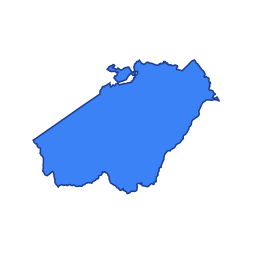 Gualaca, Chiriquí, Panama (Albers equal-area conic projection), rotated 235°
{"feature_id": "35544464B22441081783437", "entity_name": "Gualaca", "entity_type": "district", "adm_level": 2, "iso_a3": "PAN", "parent_name": "Panama", "parent_adm1": "Chiriquí", "projection": "albers", "projection_center": [-82.239, 8.607], "detail": "fine", "context": "isolated", "style": "filled", "palette": "blue", "viewbox_px": 256, "rotation_deg": 235, "n_neighbors": 0, "source": "geoboundaries", "source_scale": "gbopen_adm2", "svg_char_len": 5887}
<svg xmlns="http://www.w3.org/2000/svg" viewBox="0 0 256 256"><g transform="rotate(235 128 128)"><path d="M69.0,121.2L70.0,121.7L70.5,122.1L71.6,123.4L72.2,125.7L72.7,125.9L73.3,125.9L73.6,126.1L75.1,128.8L77.4,130.7L77.3,131.0L77.3,131.5L76.9,132.2L76.9,132.9L78.2,133.6L80.2,136.7L81.2,138.6L81.9,139.5L83.7,140.9L85.3,142.9L85.9,144.5L85.9,145.5L86.4,146.5L86.5,147.1L86.4,147.8L85.1,149.4L85.6,150.8L85.3,153.8L85.3,154.8L85.5,155.6L86.6,157.7L86.6,159.3L86.2,162.0L86.5,163.3L87.1,164.7L87.3,166.5L87.8,167.3L89.4,168.4L89.8,168.9L90.0,169.5L89.8,171.2L90.1,172.5L90.5,173.5L92.2,177.1L94.0,178.9L93.8,180.2L94.3,181.4L95.2,182.5L97.0,184.2L97.3,184.8L97.4,185.5L97.5,188.9L97.4,191.0L97.5,192.4L97.9,193.4L98.3,194.1L98.8,194.5L100.7,195.3L101.2,195.7L105.8,203.2L105.9,204.6L105.8,205.9L106.0,207.0L105.9,208.4L105.6,209.2L102.8,212.3L101.7,215.1L100.0,216.8L98.1,218.1L98.7,218.4L100.5,218.4L101.6,218.8L102.1,218.8L102.4,218.6L102.3,217.3L102.6,216.3L103.8,215.0L104.5,214.7L105.5,216.9L105.7,217.8L105.7,218.7L105.2,219.3L106.5,218.7L108.2,218.4L109.1,218.8L109.5,218.8L111.5,217.7L112.0,216.9L112.6,216.4L113.6,216.8L114.0,217.2L114.5,218.0L115.1,218.2L115.3,219.1L115.9,219.4L116.2,219.2L116.5,219.4L117.1,220.1L117.1,221.0L117.5,221.4L117.9,221.5L118.4,221.5L118.8,220.8L119.2,220.6L121.7,222.4L122.4,222.8L122.8,222.7L124.1,221.7L125.2,221.7L125.4,221.3L125.8,221.1L125.5,220.8L125.8,220.4L125.8,219.8L126.0,219.7L126.6,220.0L126.7,220.6L127.3,221.0L127.6,221.6L128.0,222.1L130.4,222.5L132.0,222.4L133.3,221.9L134.4,222.0L135.7,221.8L137.6,222.0L138.9,221.9L139.6,221.7L140.8,221.9L142.0,221.1L143.6,221.5L145.7,221.4L145.9,220.8L146.2,218.2L145.0,212.4L143.9,205.1L144.7,204.6L146.8,202.7L147.4,202.4L148.1,201.5L148.8,201.9L149.3,202.4L149.7,203.1L149.8,203.9L150.9,204.1L151.7,203.3L152.4,203.0L152.7,202.1L153.9,199.7L155.4,199.3L155.9,197.8L156.8,197.8L157.3,197.0L157.7,196.8L158.0,196.9L158.4,197.5L158.6,197.5L159.4,196.8L160.1,195.8L160.4,195.8L161.0,196.6L161.3,196.3L160.9,195.9L161.8,195.5L162.0,195.3L161.0,194.2L161.2,193.5L161.0,192.8L161.8,192.4L161.9,191.9L162.2,191.8L162.2,191.5L161.9,191.1L161.9,190.9L162.4,190.8L162.5,190.5L162.3,190.3L161.9,190.3L161.9,190.1L162.4,188.9L162.5,188.0L163.3,187.4L163.8,186.7L164.4,186.6L164.6,186.3L165.1,186.1L165.2,185.7L166.5,185.2L167.4,184.5L168.1,183.4L168.8,183.1L169.2,182.7L170.4,182.2L171.2,180.6L170.6,179.0L171.1,178.0L171.1,177.4L171.6,177.3L172.5,176.6L174.2,176.2L177.1,176.1L176.6,174.6L177.2,174.0L177.4,173.2L176.7,171.9L176.6,170.4L175.9,169.4L175.4,169.1L174.9,168.1L174.2,167.5L173.0,167.0L171.0,166.5L170.9,166.2L171.1,163.6L173.3,163.3L174.9,163.3L177.2,163.7L178.1,162.6L178.3,161.6L178.9,160.6L178.9,160.0L179.3,159.1L179.0,158.0L179.0,156.9L179.5,155.5L180.6,154.8L182.9,154.2L182.5,151.8L183.1,151.5L184.1,151.4L184.9,150.8L186.3,150.0L186.4,152.0L186.7,153.0L187.1,153.0L188.4,152.4L188.5,152.1L188.5,150.4L188.9,149.3L188.8,148.6L189.0,147.8L188.3,146.1L188.1,144.6L187.9,144.4L187.3,144.9L186.3,145.4L184.8,145.8L184.4,146.6L183.5,146.9L183.0,148.3L182.4,148.8L181.9,149.7L181.1,150.2L180.4,150.2L180.1,150.4L179.8,150.9L179.8,151.7L179.2,151.3L178.6,150.3L177.5,149.2L177.4,148.5L178.0,147.4L178.1,147.1L177.3,145.8L177.2,145.3L174.0,145.5L170.8,146.3L168.6,154.2L170.4,158.1L171.1,162.0L170.9,162.2L170.5,162.1L168.5,162.2L168.1,162.3L167.7,164.3L168.0,164.9L169.4,165.0L169.6,166.7L169.2,168.2L168.6,168.1L168.2,167.5L167.6,167.4L167.2,167.1L166.7,164.4L166.9,163.6L165.6,162.8L165.8,162.3L165.8,161.6L165.1,161.1L165.1,160.8L164.6,160.7L164.5,159.9L164.2,159.5L164.3,159.0L164.2,158.1L164.3,157.6L164.1,157.5L163.8,157.7L163.7,157.6L163.6,157.3L163.8,156.9L163.5,156.1L163.7,155.8L164.2,155.5L164.8,154.5L165.2,153.6L165.2,152.8L166.1,150.9L166.9,150.1L167.2,148.4L168.0,146.8L168.5,145.4L170.5,145.3L171.1,143.5L170.3,141.2L172.0,140.3L171.7,139.3L171.3,136.8L171.6,137.3L172.9,137.7L173.3,137.7L174.0,138.4L174.8,138.5L175.3,138.9L175.2,137.6L175.4,136.5L175.6,136.0L175.4,135.7L175.3,134.7L175.7,133.9L175.8,133.4L175.4,132.3L175.7,131.8L176.1,131.7L176.5,131.0L175.9,129.7L175.2,129.2L174.7,126.7L174.2,126.1L171.9,124.6L172.2,102.4L172.3,46.5L172.4,43.3L169.9,42.9L167.9,43.3L167.0,44.3L165.0,43.2L164.6,43.2L163.2,43.5L161.8,44.7L159.1,42.8L157.7,41.4L156.3,41.5L155.6,41.2L154.2,41.7L152.0,41.5L148.3,39.0L146.3,37.2L143.7,35.6L142.0,33.8L141.6,33.5L140.3,33.6L137.1,33.2L136.0,34.0L135.4,34.2L135.3,34.7L135.4,38.7L135.8,40.6L135.7,41.2L135.5,41.4L133.5,41.1L132.1,40.6L130.7,39.6L127.3,38.4L126.6,37.7L125.5,37.1L123.5,36.7L121.2,37.0L119.7,37.0L120.1,38.0L120.2,38.8L120.0,39.9L119.6,41.1L119.1,41.6L118.0,42.2L116.8,44.8L115.9,44.9L115.7,45.1L115.2,47.9L114.1,48.3L113.1,49.0L112.7,49.4L112.6,50.3L112.3,51.0L110.0,51.9L108.5,54.2L108.4,54.9L106.8,56.7L106.8,57.6L107.1,58.5L106.5,60.2L106.8,61.4L106.6,62.8L106.2,63.3L105.9,64.3L105.4,64.8L104.7,65.8L103.6,66.6L103.6,67.0L104.3,68.1L104.0,69.3L103.9,71.4L104.3,72.7L104.0,73.7L103.6,74.0L103.7,74.8L104.1,75.5L105.2,76.0L105.4,76.4L105.4,77.4L104.8,78.8L104.8,79.4L105.4,80.5L106.4,81.3L106.6,81.7L106.4,82.1L105.6,82.4L105.5,84.0L105.1,84.2L104.4,84.0L103.4,84.7L102.1,85.0L100.4,84.5L99.9,84.6L99.2,84.6L97.9,83.9L97.2,83.3L92.9,82.2L91.7,82.9L90.4,83.2L89.4,83.8L87.8,84.7L85.5,84.7L84.6,85.5L84.0,85.4L83.0,85.7L81.6,85.7L81.2,86.0L81.0,86.7L80.9,87.7L81.2,88.7L81.0,89.4L80.7,89.3L79.5,88.5L77.2,89.9L76.5,90.0L75.4,89.7L74.7,89.8L74.3,90.6L73.9,92.6L74.4,94.0L74.3,94.5L72.5,96.6L71.9,98.4L71.9,99.0L72.2,99.7L72.8,100.2L74.3,101.8L76.1,102.6L76.7,103.0L76.9,103.5L76.9,104.0L76.6,105.1L75.2,105.8L75.5,107.3L75.3,107.7L75.0,107.6L74.7,106.8L74.4,106.6L73.5,106.6L72.2,106.9L70.7,108.7L69.4,109.5L68.6,110.6L68.5,111.7L68.8,112.5L69.1,115.5L68.7,115.8L67.3,116.2L67.0,116.8L67.2,117.4L68.3,117.8L68.7,118.5L68.1,119.5L67.9,120.1L68.1,120.5L69.0,121.2Z" fill="#3b82f6" stroke="#1e3a8a" stroke-width="1.5"/></g></svg>